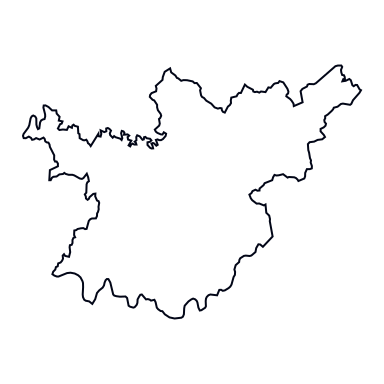 Campos Novos, Santa Catarina, Brazil (Equal Earth projection)
{"feature_id": "56859067B83022570879556", "entity_name": "Campos Novos", "entity_type": "district", "adm_level": 2, "iso_a3": "BRA", "parent_name": "Brazil", "parent_adm1": "Santa Catarina", "projection": "equal_earth", "projection_center": [-51.278, -27.42], "detail": "fine", "context": "isolated", "style": "outline", "palette": "ink", "viewbox_px": 384, "rotation_deg": 0, "n_neighbors": 0, "source": "geoboundaries", "source_scale": "gbopen_adm2", "svg_char_len": 5879}
<svg xmlns="http://www.w3.org/2000/svg" viewBox="0 0 384 384"><path d="M262.9,246.8L272.6,236.5L269.8,221.2L270.0,219.1L269.2,215.6L266.3,212.8L265.5,204.5L263.9,205.4L259.2,203.5L256.6,203.6L252.2,200.2L250.8,198.3L249.4,194.6L251.4,193.2L252.5,191.1L255.5,189.7L257.4,190.7L259.5,190.5L259.6,188.5L263.6,185.1L264.6,183.2L272.2,180.2L273.1,177.2L274.5,174.9L276.4,175.5L278.7,175.3L283.1,174.2L287.6,177.6L288.9,177.0L294.2,177.3L295.9,178.0L297.6,179.6L298.4,181.0L304.3,178.5L305.1,176.4L305.2,172.9L306.9,169.1L309.9,169.1L311.8,168.4L311.9,166.0L310.7,162.6L311.0,160.4L310.0,158.2L309.1,152.7L308.3,150.1L307.9,144.1L309.6,142.2L314.2,141.6L317.6,139.9L322.2,139.3L325.0,137.0L323.8,134.9L320.6,131.4L320.6,128.9L323.7,127.4L325.5,125.7L326.0,123.7L324.6,122.0L324.3,120.0L325.2,118.3L325.1,116.2L327.8,114.5L331.7,110.9L333.1,109.3L333.8,107.7L337.6,106.7L340.9,104.0L342.9,103.6L350.1,104.8L351.3,103.9L353.0,100.2L359.4,92.9L361.0,90.2L359.6,89.4L357.1,85.0L355.5,84.9L353.7,86.2L352.4,85.2L350.8,80.2L349.3,79.0L345.7,80.8L342.4,81.3L343.3,79.1L344.9,78.9L344.7,76.9L343.9,75.2L342.2,75.0L341.3,72.4L341.0,69.9L342.2,66.9L341.3,65.5L338.0,65.5L335.4,66.2L315.8,83.3L313.8,84.2L309.3,84.0L307.6,84.7L307.0,86.5L302.4,88.9L300.6,91.2L302.6,102.3L293.8,106.1L293.5,103.6L291.6,100.7L290.1,99.0L286.3,96.3L286.7,94.6L288.1,93.5L288.4,91.5L287.4,88.7L283.3,82.4L279.5,81.1L278.2,82.9L275.1,83.4L273.8,84.1L270.7,87.8L268.4,87.4L265.5,92.1L261.0,91.5L259.3,92.6L257.0,91.7L254.9,92.1L253.3,91.5L252.9,89.7L247.3,86.8L244.9,84.6L240.9,93.0L239.0,92.9L237.6,94.3L236.6,96.3L231.3,97.6L230.8,100.6L231.0,103.1L229.8,105.1L227.9,106.6L224.8,112.6L222.9,111.8L221.9,110.2L221.6,108.3L220.0,108.0L217.9,108.6L214.6,107.4L211.3,103.7L206.3,100.7L204.0,98.0L202.0,96.9L201.1,95.4L200.1,90.3L200.9,88.2L196.8,83.0L194.5,83.1L192.7,81.4L187.0,80.2L183.4,80.1L181.2,80.8L178.3,78.4L176.9,77.9L175.4,75.5L171.2,72.4L170.1,68.4L164.7,71.8L162.8,77.1L162.5,79.9L155.8,85.9L156.5,88.5L156.1,91.3L151.6,93.1L150.1,95.0L149.8,96.9L152.6,99.8L154.2,100.4L157.1,104.8L157.1,107.3L157.9,110.2L160.6,113.8L161.2,115.8L160.2,118.0L159.0,119.0L159.8,123.6L159.2,125.6L154.8,129.6L155.8,131.6L157.4,132.9L160.9,134.4L162.5,134.5L163.8,132.3L166.1,133.7L165.6,136.0L162.9,139.1L161.1,140.1L159.0,140.1L157.6,139.4L155.9,139.9L157.7,144.8L156.3,145.7L154.2,143.5L152.9,143.0L151.5,143.6L152.6,146.0L153.1,148.4L151.6,148.5L150.2,147.9L147.5,145.0L147.5,142.3L149.9,141.8L151.4,140.4L150.1,138.8L146.6,138.2L145.4,136.9L144.1,137.2L143.8,139.4L142.5,139.8L139.8,136.4L137.2,135.3L136.3,137.0L136.4,140.3L134.7,141.7L135.9,142.8L136.4,144.5L134.2,144.5L132.5,143.6L131.2,144.5L130.2,146.4L128.6,145.4L131.3,140.6L128.1,139.6L127.6,137.1L129.2,135.6L127.6,134.4L124.0,134.7L124.4,132.7L123.5,131.4L121.8,130.9L121.1,133.2L122.3,138.2L121.6,140.0L120.1,138.6L115.5,137.2L114.1,136.1L112.7,137.7L110.2,135.1L109.8,133.3L111.0,130.6L109.4,128.9L107.8,128.0L106.2,128.5L106.3,131.3L104.3,132.1L100.7,130.4L101.3,133.9L100.6,136.6L98.6,136.2L98.4,133.7L90.7,146.1L89.5,144.3L88.0,143.2L87.4,141.3L86.3,139.7L84.7,140.3L83.2,140.2L79.7,138.2L79.5,134.1L78.3,133.3L77.9,126.7L74.8,125.9L73.6,124.7L72.4,125.5L71.9,127.8L68.6,126.3L66.9,129.9L62.9,129.5L59.4,130.0L57.9,128.5L60.1,124.2L61.7,123.6L62.5,121.4L58.8,120.6L59.6,116.8L56.7,113.6L56.2,110.4L52.1,110.4L48.5,107.0L45.5,105.4L43.7,105.5L43.4,107.6L45.1,114.3L45.2,116.5L44.5,119.1L42.7,119.5L41.1,120.5L40.1,122.4L39.3,128.4L38.0,129.1L37.1,127.3L36.4,124.6L36.3,118.4L35.2,116.5L33.2,115.5L31.7,116.4L30.6,118.4L29.3,125.1L28.2,127.7L23.6,133.9L23.0,135.9L23.7,138.1L25.8,138.2L28.8,136.6L31.0,137.9L32.1,139.8L34.0,139.4L36.1,138.1L39.6,139.5L43.5,137.6L44.6,138.8L45.3,141.4L46.8,142.4L48.4,142.6L49.5,144.5L49.9,146.9L54.2,155.3L54.1,159.6L55.1,161.6L56.6,161.5L57.9,163.5L57.9,166.3L49.9,170.1L49.3,180.2L50.7,180.2L51.8,177.9L53.3,176.8L56.6,176.5L59.4,174.4L63.0,174.0L64.3,172.9L65.6,173.9L68.7,174.8L72.4,174.8L74.3,175.4L79.8,178.5L81.9,178.9L83.4,178.1L86.8,173.7L88.2,177.4L88.9,181.2L87.3,182.4L86.6,184.3L86.3,192.7L84.8,194.4L85.8,196.4L86.0,198.5L87.6,199.8L88.8,198.9L89.6,197.1L93.3,193.9L95.4,193.6L95.2,196.3L97.0,200.5L98.6,201.2L99.2,202.9L98.5,206.8L98.7,209.3L98.0,211.9L97.1,213.4L97.0,216.0L95.9,218.4L91.9,218.5L90.3,219.2L88.8,220.9L86.6,228.9L85.1,229.1L83.3,228.1L80.9,228.3L77.6,229.0L76.2,230.1L74.3,230.5L74.1,235.1L75.1,237.3L73.5,237.8L72.5,239.9L72.5,243.0L71.7,244.8L69.9,245.2L69.6,247.2L70.2,252.1L69.0,256.8L65.1,255.9L64.0,254.2L62.7,255.6L63.0,258.7L62.1,260.7L60.6,262.5L58.2,263.4L57.7,266.3L55.9,267.1L55.3,269.5L53.2,271.7L52.4,274.2L54.4,275.6L56.8,276.5L58.6,276.5L67.0,273.1L70.5,272.7L74.7,273.5L78.2,275.3L80.5,277.4L82.5,281.2L83.0,283.0L83.1,287.2L82.7,294.5L83.0,297.1L84.2,299.7L85.7,300.7L89.2,301.4L92.3,303.9L95.2,299.2L97.0,293.0L99.2,290.4L102.7,287.6L104.0,285.4L104.6,282.6L105.6,280.2L106.9,279.0L108.4,279.1L110.3,282.5L113.2,294.5L114.3,295.6L116.4,296.2L120.0,296.7L125.5,296.5L127.1,298.0L128.6,305.7L130.1,306.7L133.3,307.6L134.6,307.2L135.7,306.0L136.7,304.8L137.4,302.9L137.6,299.4L139.0,296.8L140.3,294.8L141.8,294.5L146.0,299.4L147.8,299.1L149.6,299.6L151.0,300.6L154.4,299.8L155.6,302.2L156.8,307.6L158.1,309.2L160.6,311.0L162.4,311.2L164.8,314.3L169.5,317.4L174.6,318.5L181.4,317.7L182.9,316.7L183.9,314.3L184.2,308.2L184.7,305.7L188.5,301.4L191.3,299.4L193.1,298.6L195.1,299.3L196.6,300.7L197.4,302.4L198.4,307.6L199.8,310.5L201.4,310.2L205.2,307.7L205.9,306.3L205.7,301.1L206.0,298.6L206.8,296.9L208.5,295.2L210.4,294.5L217.1,295.3L219.3,289.9L221.1,289.8L222.8,290.8L224.8,290.4L228.6,288.1L230.3,286.6L231.5,284.6L233.6,277.0L234.9,274.9L235.1,271.9L234.4,269.5L235.7,265.1L239.1,262.1L239.4,259.9L240.2,258.3L243.9,255.9L245.8,255.6L249.7,256.0L251.4,255.5L255.5,252.0L256.2,248.1L258.4,244.3L260.2,244.5L262.9,246.8Z" fill="none" stroke="#020617" stroke-width="2"/></svg>